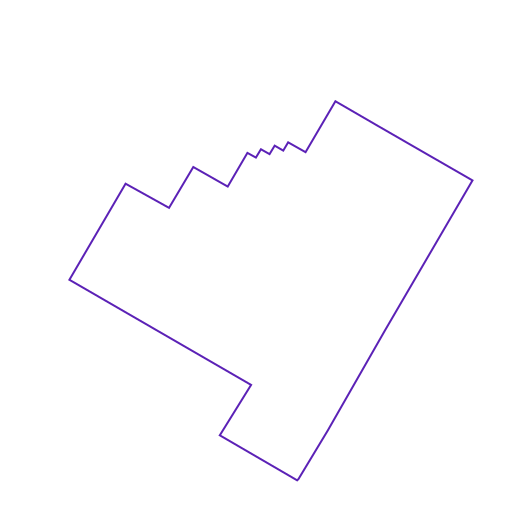 the district of Shelby, Illinois, United States of America, rotated 300°
{"feature_id": "52423323B22684777777250", "entity_name": "Shelby", "entity_type": "district", "adm_level": 2, "iso_a3": "USA", "parent_name": "United States of America", "parent_adm1": "Illinois", "projection": "equal_earth", "projection_center": [-88.76, 39.435], "detail": "fine", "context": "isolated", "style": "outline", "palette": "violet", "viewbox_px": 512, "rotation_deg": 300, "n_neighbors": 0, "source": "geoboundaries", "source_scale": "gbopen_adm2", "svg_char_len": 439}
<svg xmlns="http://www.w3.org/2000/svg" viewBox="0 0 512 512"><g transform="rotate(300 256 256)"><path d="M253.4,106.9L142.1,106.3L141.9,316.2L82.6,314.3L82.3,403.8L84.1,404.3L140.8,405.4L256.1,404.9L429.7,405.7L429.6,296.9L429.7,247.4L370.7,247.0L370.5,227.0L360.9,226.9L360.9,217.0L351.0,216.8L350.9,206.9L341.2,206.7L341.0,197.0L302.0,196.8L301.7,157.2L254.2,156.6L253.4,106.9Z" fill="none" stroke="#5b21b6" stroke-width="2"/></g></svg>